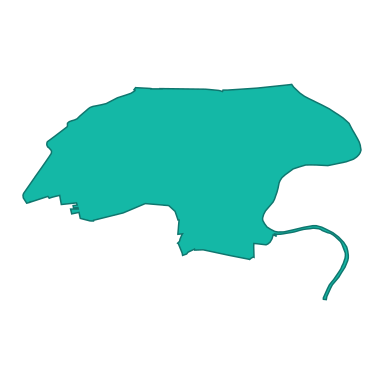 Skrunda, Skrundas, Latvia (Equal Earth projection)
{"feature_id": "27541924B8322531432805", "entity_name": "Skrunda", "entity_type": "district", "adm_level": 2, "iso_a3": "LVA", "parent_name": "Latvia", "parent_adm1": "Skrundas", "projection": "equal_earth", "projection_center": [22.017, 56.673], "detail": "fine", "context": "isolated", "style": "filled", "palette": "teal", "viewbox_px": 384, "rotation_deg": 0, "n_neighbors": 0, "source": "geoboundaries", "source_scale": "gbopen_adm2", "svg_char_len": 3259}
<svg xmlns="http://www.w3.org/2000/svg" viewBox="0 0 384 384"><path d="M135.6,87.6L134.0,89.7L135.1,90.2L134.6,91.0L133.5,91.7L132.7,92.2L131.0,93.3L126.4,94.9L117.4,97.8L106.2,103.6L101.2,104.8L96.3,105.8L93.0,106.4L90.8,107.2L90.1,107.5L88.5,108.6L79.9,116.0L77.1,118.8L74.5,120.0L71.6,120.8L69.2,121.7L68.4,122.4L67.5,123.2L67.4,124.2L67.5,124.7L67.4,126.3L67.0,126.9L58.9,133.1L51.1,139.0L47.4,141.7L46.9,143.0L46.8,144.9L47.7,147.0L48.1,147.0L49.7,148.7L50.9,150.0L51.5,151.0L51.4,153.0L51.3,153.4L49.3,156.5L45.4,162.2L41.7,167.5L41.5,167.8L41.0,168.5L34.7,177.4L34.3,178.1L33.9,178.6L27.8,187.4L23.6,193.4L23.0,195.2L23.3,197.9L26.7,203.2L29.7,202.4L29.7,202.0L30.7,201.7L30.7,202.0L47.9,196.4L49.2,198.2L51.9,197.3L55.7,196.3L59.7,195.4L61.3,204.5L76.5,202.9L77.2,205.0L75.0,205.4L74.3,205.4L73.1,205.6L73.5,208.0L77.9,207.5L78.3,209.0L70.6,209.1L71.7,213.9L79.0,212.4L80.3,218.4L90.0,220.9L92.3,221.0L93.5,221.0L93.5,220.3L123.2,212.9L145.2,203.6L146.8,203.7L163.4,205.1L163.6,205.2L168.1,205.5L169.0,205.8L175.1,211.4L175.5,212.6L176.8,216.3L178.0,220.0L179.0,219.9L179.1,220.3L179.0,221.0L178.6,225.2L178.3,229.2L177.9,233.8L177.9,234.3L182.5,233.8L181.9,234.8L180.9,237.1L180.1,239.0L179.6,241.0L179.2,241.7L177.6,243.2L178.4,243.8L182.1,252.9L182.6,255.4L186.6,254.0L188.0,252.2L194.5,249.1L194.7,250.1L203.1,249.8L230.3,255.6L249.2,259.3L249.6,259.5L251.4,258.0L253.3,257.0L254.0,257.3L253.7,246.7L253.8,243.5L256.9,243.7L260.9,244.2L266.1,244.8L268.0,243.9L270.1,242.1L272.0,238.8L273.2,234.8L274.8,235.5L276.5,236.4L274.9,234.0L276.1,234.2L277.3,234.4L278.1,234.3L280.6,234.2L283.4,233.8L287.4,233.1L290.7,232.6L294.3,231.9L296.8,231.2L299.8,230.3L303.6,229.4L305.8,229.1L310.0,228.7L313.1,228.2L314.8,228.3L318.3,228.7L318.9,228.8L319.5,229.0L320.8,229.5L322.2,230.5L324.7,231.5L327.7,232.7L330.3,233.3L333.0,234.9L335.2,236.6L340.4,241.5L341.7,243.7L342.5,245.7L345.3,253.0L345.4,255.7L345.0,258.5L344.5,259.7L344.4,260.1L343.3,263.4L341.9,266.2L340.9,268.8L338.5,272.5L333.7,279.5L332.9,280.5L331.6,282.0L329.4,284.8L327.5,288.6L323.3,298.0L323.4,299.3L326.3,299.6L326.8,296.6L330.5,288.4L332.3,284.9L338.8,277.2L341.4,272.8L345.0,267.2L347.7,260.7L348.3,257.9L348.3,255.2L347.7,250.8L346.7,247.0L343.7,242.3L338.6,237.0L332.9,232.7L326.4,229.4L321.8,227.2L316.3,225.7L312.8,225.7L303.8,227.3L292.5,230.0L283.9,231.9L277.9,232.0L274.7,231.4L270.6,229.3L267.0,227.0L264.5,223.6L262.7,220.3L262.6,218.0L263.7,214.3L265.5,210.9L273.1,202.0L274.6,199.0L275.5,196.3L277.0,192.1L278.1,187.9L279.1,182.9L280.1,180.5L282.0,177.6L285.4,174.6L289.4,171.7L293.2,168.9L299.6,166.8L305.7,165.0L311.0,164.9L316.4,165.0L327.9,165.6L346.1,161.8L353.6,159.1L354.9,158.2L355.7,157.7L357.3,156.4L359.1,154.4L360.2,152.6L361.0,150.0L360.4,146.4L360.3,145.4L359.2,142.0L357.4,138.5L354.4,133.2L352.5,130.0L350.8,126.8L349.1,123.4L346.6,121.1L343.1,118.0L338.0,114.5L335.1,112.7L329.2,108.8L321.7,104.9L315.1,101.7L314.0,101.1L309.2,98.8L304.6,96.4L299.9,93.1L293.6,87.1L291.7,84.4L288.7,84.8L257.2,88.1L239.4,89.3L227.2,90.1L223.0,90.1L222.5,91.5L219.5,90.6L218.4,90.4L209.1,89.5L205.4,89.2L160.9,88.6L161.2,88.9L156.0,88.9L152.7,88.9L151.1,88.9L151.2,88.6L150.6,88.5L149.5,88.4L136.3,87.7L135.6,87.6Z" fill="#14b8a6" stroke="#0f766e" stroke-width="1.5"/></svg>